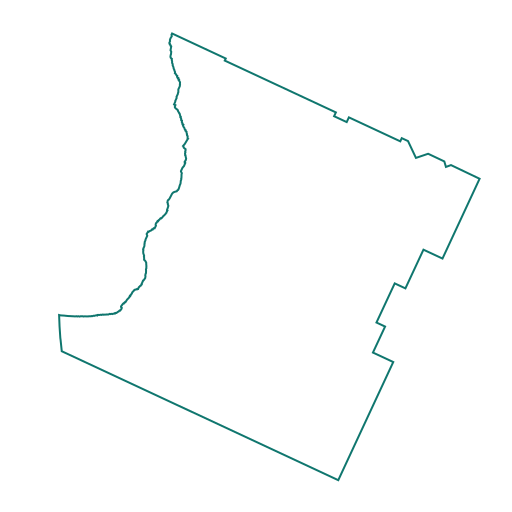 outline of 96, Ar Rayyān, Qatar, rotated 25°
{"feature_id": "91078587B9070844542382", "entity_name": "96", "entity_type": "district", "adm_level": 2, "iso_a3": "QAT", "parent_name": "Qatar", "parent_adm1": "Ar Rayyān", "projection": "robinson", "projection_center": [50.859, 24.856], "detail": "fine", "context": "isolated", "style": "outline", "palette": "teal", "viewbox_px": 512, "rotation_deg": 25, "n_neighbors": 0, "source": "geoboundaries", "source_scale": "gbopen_adm2", "svg_char_len": 5331}
<svg xmlns="http://www.w3.org/2000/svg" viewBox="0 0 512 512"><g transform="rotate(25 256 256)"><path d="M425.3,424.4L425.2,294.1L402.8,294.1L402.8,265.4L393.3,265.4L393.3,222.2L405.1,222.2L405.1,179.5L426.1,179.5L426.0,91.5L394.3,91.2L390.5,95.0L386.7,90.7L368.8,90.6L359.5,99.5L345.2,87.6L338.3,87.6L338.3,91.1L281.6,91.1L281.6,96.3L267.7,96.3L267.7,92.1L145.1,92.1L145.1,89.8L85.9,89.8L85.9,91.2L86.8,92.4L86.5,94.9L86.7,96.7L87.3,97.5L87.4,99.6L87.6,99.8L88.2,100.0L88.3,100.6L88.5,100.8L89.7,101.1L89.8,101.3L89.9,101.7L90.2,101.8L90.6,101.9L91.6,105.7L92.8,106.6L93.7,109.1L93.7,109.8L94.3,111.7L95.1,112.5L96.5,112.9L96.7,113.9L97.3,114.5L97.9,115.4L98.2,116.2L98.6,116.7L98.7,116.8L98.9,116.9L99.4,117.3L100.0,118.6L100.7,119.1L101.5,119.9L102.2,121.0L103.2,121.7L103.7,122.5L104.3,122.9L105.0,123.6L105.2,124.6L106.7,125.1L107.3,125.7L108.5,126.0L108.6,126.8L109.1,127.3L110.2,127.4L110.2,128.1L111.4,128.4L111.4,129.0L112.0,129.0L112.2,129.6L113.7,130.6L114.3,132.1L114.6,132.5L114.6,133.1L114.9,133.4L115.2,134.4L115.2,137.8L116.4,140.4L116.4,141.3L116.7,142.2L116.7,145.4L117.3,146.3L117.3,149.5L117.6,150.1L117.7,153.3L119.2,153.3L119.4,155.2L119.8,155.7L121.3,156.3L123.1,156.6L123.2,156.8L123.6,157.2L123.9,157.3L124.2,157.7L124.4,157.9L124.6,158.0L126.1,158.9L126.2,159.2L126.7,159.3L126.8,159.5L127.7,160.5L127.8,160.7L128.3,161.2L128.4,161.5L128.6,161.8L129.0,161.8L129.0,162.4L129.6,162.6L130.1,163.1L130.2,163.5L130.5,163.7L130.8,164.5L131.7,164.6L132.1,165.9L132.4,166.0L132.8,166.6L133.4,166.8L133.5,167.5L134.3,167.7L134.7,167.8L134.5,168.4L135.6,169.5L136.8,170.1L138.0,171.4L138.9,171.6L139.0,172.2L139.2,172.4L139.3,172.4L139.6,172.4L139.8,172.4L140.1,172.6L140.6,172.8L140.8,173.5L142.0,174.7L142.0,175.1L142.3,175.4L142.5,175.8L143.2,176.3L143.4,176.3L143.8,177.1L144.2,178.2L144.3,178.4L144.8,178.5L144.7,178.8L144.1,184.5L143.4,187.1L143.9,187.2L144.2,187.8L144.8,188.4L145.3,188.5L146.6,188.9L146.9,188.9L147.0,189.1L147.2,189.3L147.4,189.7L147.5,190.2L147.7,190.5L147.6,191.1L147.9,191.6L148.0,191.9L148.3,192.1L148.3,193.0L148.9,194.0L149.2,194.6L149.6,194.6L149.7,194.9L150.3,195.7L150.9,196.5L151.5,197.2L151.8,198.5L151.7,198.7L151.8,199.0L151.5,200.7L151.5,200.8L151.8,201.2L152.0,201.2L152.0,201.5L152.4,201.7L152.4,201.8L152.6,201.8L152.7,205.0L152.1,206.9L152.1,210.8L152.4,211.3L153.4,211.9L153.8,212.4L153.9,212.6L153.9,213.2L155.4,216.7L155.4,217.3L155.7,217.6L156.0,218.6L156.0,219.5L156.9,222.0L157.0,222.6L157.0,223.7L157.1,224.6L157.2,225.1L157.6,227.9L157.4,228.4L157.5,229.0L156.9,229.9L156.9,230.6L156.8,230.9L155.9,231.6L155.4,232.0L154.7,232.8L154.3,233.1L153.7,234.7L153.6,235.3L153.4,240.4L153.1,241.9L152.8,242.2L152.6,243.1L153.1,245.1L153.8,245.4L154.3,246.5L154.8,246.9L154.8,247.0L155.2,247.3L155.4,247.6L155.7,249.8L155.9,252.0L156.0,252.1L156.1,252.3L156.5,252.3L156.4,254.6L156.5,254.7L156.4,254.9L156.3,255.8L155.5,258.3L155.2,258.7L154.6,261.2L154.3,261.5L154.1,262.1L153.6,262.1L153.4,262.5L153.1,264.0L152.8,264.3L152.6,265.9L152.0,265.9L151.9,267.8L151.6,268.1L151.6,269.4L151.9,270.3L152.4,270.6L152.5,271.0L152.4,273.8L151.5,274.1L151.2,275.7L150.6,275.7L150.1,277.3L148.9,278.5L148.5,279.5L147.9,279.5L147.6,282.3L148.9,283.6L148.9,287.7L149.2,288.6L149.2,290.5L149.5,290.9L149.6,291.2L149.7,291.3L149.8,292.4L150.1,292.7L150.5,293.8L150.7,294.6L150.7,296.9L151.0,297.2L151.0,298.0L151.5,298.4L151.6,298.7L151.6,298.9L151.7,299.3L152.0,299.8L152.2,300.3L152.8,301.3L153.4,301.9L153.9,302.4L154.6,303.2L154.6,303.8L155.5,305.1L156.1,306.6L156.3,306.8L156.6,306.8L157.1,307.0L158.0,307.4L158.6,307.9L159.2,308.3L159.6,309.0L159.9,309.7L160.0,309.8L160.2,310.2L160.6,310.9L161.0,311.5L161.2,312.3L161.8,313.3L161.8,314.0L161.9,314.6L162.6,315.8L163.5,318.0L163.5,319.2L163.8,319.9L163.8,320.3L164.4,321.1L164.9,322.9L164.7,323.7L164.7,324.3L164.3,325.9L164.1,325.9L164.0,326.3L164.1,327.7L164.1,327.8L164.2,328.1L164.2,328.6L164.1,328.8L164.1,329.6L164.5,330.1L164.1,330.9L164.1,331.6L163.9,331.8L163.7,332.0L163.5,332.5L163.3,333.4L163.0,333.8L163.0,334.2L163.0,334.3L163.1,335.7L162.5,335.9L162.4,336.0L162.2,336.1L162.2,336.6L161.6,336.8L161.0,337.4L160.7,337.5L160.4,337.8L160.3,338.2L160.0,338.5L159.9,338.8L160.0,338.9L159.9,339.3L159.7,339.9L159.2,341.3L159.3,341.9L159.3,342.8L159.0,343.6L159.0,345.4L158.5,345.4L158.5,346.0L158.6,346.7L158.5,347.1L158.5,347.3L158.4,347.8L158.3,348.0L158.0,348.9L157.6,349.9L157.2,353.0L156.8,353.0L156.5,353.7L156.5,353.8L156.3,354.9L155.9,354.9L155.6,355.6L155.1,358.1L155.0,358.7L155.2,359.2L155.6,359.5L156.2,359.6L156.3,359.7L156.4,360.9L156.0,362.8L155.6,362.8L155.2,363.5L155.0,364.4L154.4,365.0L153.6,366.6L153.0,366.8L152.4,367.2L152.4,367.9L151.8,368.0L151.0,368.7L150.4,369.3L149.8,369.3L148.6,370.2L148.0,370.2L146.8,371.5L145.3,372.1L145.0,372.4L144.1,372.8L142.6,373.7L142.0,373.7L140.9,374.7L140.3,374.7L139.1,375.6L138.2,375.9L137.9,376.2L137.3,376.4L137.3,377.0L136.4,377.2L135.2,378.1L134.9,378.5L134.0,378.8L133.1,379.7L132.2,380.0L131.9,380.4L129.9,381.3L129.6,381.6L126.0,383.2L125.1,383.8L124.5,383.8L122.4,384.8L121.8,385.4L120.4,385.7L119.5,386.4L118.9,386.4L117.4,387.3L116.8,387.5L116.5,387.6L111.1,389.8L108.8,390.6L107.3,391.1L105.8,391.7L104.0,392.4L102.5,392.7L102.6,392.9L107.8,403.0L113.3,413.0L114.4,414.7L120.2,424.4L425.3,424.4Z" fill="none" stroke="#0f766e" stroke-width="2"/></g></svg>